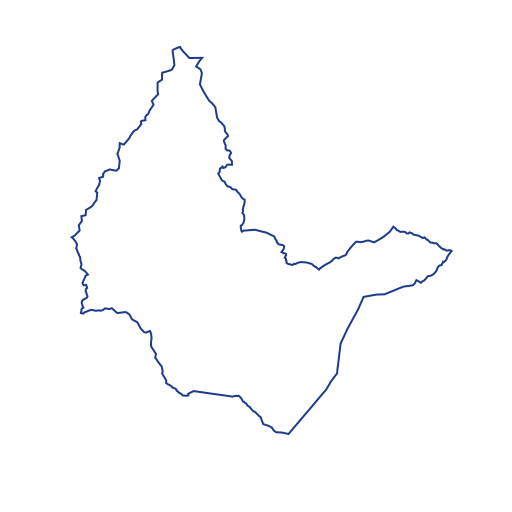 outline of Mixistlán de la Reforma, Oaxaca, Mexico, rotated 115°
{"feature_id": "50627088B94921527190935", "entity_name": "Mixistlán de la Reforma", "entity_type": "district", "adm_level": 2, "iso_a3": "MEX", "parent_name": "Mexico", "parent_adm1": "Oaxaca", "projection": "albers", "projection_center": [-96.11, 17.173], "detail": "fine", "context": "isolated", "style": "outline", "palette": "blue", "viewbox_px": 512, "rotation_deg": 115, "n_neighbors": 0, "source": "geoboundaries", "source_scale": "gbopen_adm2", "svg_char_len": 5650}
<svg xmlns="http://www.w3.org/2000/svg" viewBox="0 0 512 512"><g transform="rotate(115 256 256)"><path d="M105.1,418.5L113.2,413.2L117.5,410.6L122.7,411.0L124.8,413.0L129.6,418.5L135.9,415.7L140.3,418.5L148.0,415.0L150.7,413.1L159.5,416.0L162.1,412.8L169.0,413.9L173.3,413.8L174.5,414.8L176.8,415.1L179.7,413.6L182.0,417.0L183.6,416.9L184.8,415.7L191.4,417.2L194.2,419.5L200.0,420.6L202.7,420.6L211.0,422.9L211.3,427.2L215.5,425.4L222.0,424.7L227.4,419.7L234.5,417.3L237.8,418.7L239.4,425.2L240.9,426.4L242.9,428.5L246.4,429.3L247.2,428.6L248.7,428.1L251.7,431.2L253.6,429.2L258.0,428.2L262.1,428.7L265.1,428.7L265.7,426.6L272.8,424.2L276.4,425.1L278.6,425.3L280.2,425.7L282.5,427.0L286.1,429.5L287.8,428.8L291.1,427.7L293.7,431.1L297.8,428.6L303.0,429.6L307.5,426.6L314.2,429.0L316.9,430.9L317.5,428.8L318.4,427.2L319.4,425.2L321.1,423.1L322.8,422.7L324.1,422.3L325.1,422.2L326.0,421.0L327.4,419.6L328.7,418.3L329.1,417.4L330.3,416.7L331.1,415.2L335.0,412.7L337.3,410.6L340.9,410.0L341.6,408.3L342.0,404.5L343.9,400.5L345.7,402.0L347.6,402.0L351.6,401.9L352.7,401.9L354.1,401.7L354.7,401.0L355.3,399.6L354.0,397.6L356.3,395.5L357.9,396.2L360.0,395.5L360.9,394.3L361.6,393.9L363.7,391.7L365.4,391.7L369.2,394.6L370.8,394.5L372.3,394.1L374.9,391.7L375.8,390.6L377.5,391.7L379.6,391.1L380.9,390.7L381.7,390.6L381.3,388.3L380.4,388.0L379.5,387.6L378.0,386.1L375.8,384.1L374.4,382.5L374.0,381.0L373.3,377.9L371.8,375.7L371.4,374.0L370.7,373.0L369.7,371.9L367.2,370.6L366.6,368.3L365.8,366.1L364.2,364.6L365.7,360.0L366.3,357.6L365.3,355.9L362.5,351.5L361.8,349.9L362.5,346.0L365.8,341.5L366.2,335.6L370.4,329.9L371.2,328.2L372.3,325.2L371.8,323.2L369.8,321.5L368.8,320.4L370.7,318.2L375.1,315.7L378.4,314.8L381.7,313.2L382.8,312.1L384.5,309.3L386.2,306.6L386.9,305.3L390.8,304.4L391.7,302.5L393.3,300.1L394.5,297.6L395.3,296.4L395.7,295.1L399.1,292.4L400.1,291.8L402.2,291.4L406.7,284.8L409.0,283.8L409.5,281.9L409.5,279.8L409.7,277.5L410.5,276.4L410.3,273.0L410.6,271.7L411.6,271.1L411.9,269.4L412.5,268.2L412.4,267.3L412.6,266.6L412.6,265.4L413.4,263.6L412.3,260.5L410.9,258.4L410.4,258.9L409.5,259.2L404.8,255.5L393.4,218.0L390.9,214.6L390.9,213.7L390.0,212.7L390.2,211.7L391.0,209.6L392.3,207.7L393.4,206.4L393.2,205.3L393.8,204.0L393.8,202.5L394.9,201.0L395.4,199.1L395.5,197.5L396.4,196.4L397.9,192.5L397.7,191.0L399.7,185.6L400.1,183.7L405.3,178.4L404.9,174.9L404.6,173.4L404.8,169.1L406.7,166.1L407.2,163.2L405.0,157.7L403.6,151.3L396.1,149.3L393.3,148.5L384.4,146.1L380.1,144.9L373.0,142.9L368.2,141.6L364.0,140.5L357.0,138.6L347.3,135.9L341.7,135.4L337.9,135.0L333.1,134.0L328.1,132.9L324.3,134.3L319.5,135.8L313.7,137.7L310.0,138.9L309.0,139.3L306.3,140.1L303.6,141.0L301.6,141.7L299.6,142.3L295.7,142.3L289.3,142.3L283.0,142.3L271.8,141.6L261.0,140.9L253.5,141.1L247.6,141.2L240.1,130.6L236.4,123.3L233.9,121.0L224.7,112.5L221.2,109.1L219.1,105.8L216.3,101.5L213.7,100.5L210.1,100.4L210.5,95.1L208.9,94.6L207.1,93.2L201.7,91.7L199.8,89.1L196.8,87.1L193.0,86.2L189.5,86.5L187.3,85.8L185.5,83.9L184.7,84.1L183.3,83.8L182.1,84.0L182.0,83.1L179.0,81.9L176.2,82.2L174.9,82.1L173.3,81.9L168.8,80.8L168.7,81.6L169.2,83.7L169.8,84.2L170.6,85.5L170.3,88.1L170.5,88.8L170.9,89.0L170.4,91.6L169.6,94.6L168.7,96.2L168.2,97.8L168.6,98.6L168.9,99.1L169.3,100.4L169.3,101.8L170.1,103.5L170.0,103.9L168.7,107.7L169.0,108.3L167.9,111.2L169.2,112.5L169.1,114.7L168.8,117.0L170.1,122.5L169.5,124.1L169.7,126.8L171.2,127.4L171.8,128.8L171.2,131.2L172.0,133.3L173.2,135.4L172.9,137.9L173.0,139.5L172.2,140.6L171.4,143.9L177.5,145.0L183.6,148.0L186.3,149.5L191.2,152.9L193.7,154.8L194.0,156.9L194.4,160.6L195.7,162.7L198.0,165.0L198.5,166.1L199.4,167.3L200.0,169.7L200.9,171.4L204.1,172.5L207.9,173.6L213.7,175.0L216.6,174.9L218.0,175.7L219.7,177.5L222.6,179.7L223.3,180.1L223.3,181.9L223.8,183.1L225.0,183.9L226.0,184.5L228.3,185.1L230.8,186.5L232.9,188.2L235.3,189.9L237.2,191.1L240.1,192.7L241.7,193.1L241.1,195.5L240.6,197.2L240.7,198.9L239.9,201.2L239.6,202.4L239.8,203.1L240.1,204.5L240.3,206.4L240.8,208.3L242.7,213.1L244.6,215.3L246.5,216.8L247.0,218.3L248.2,218.7L248.7,219.1L249.0,220.3L249.0,221.1L249.2,221.8L249.6,223.2L249.6,223.9L249.4,225.4L247.7,226.2L247.1,227.2L245.9,227.6L245.4,229.2L243.9,229.2L242.5,229.1L241.4,229.7L241.3,230.7L241.9,232.3L241.7,232.6L241.6,234.6L240.6,234.3L238.3,233.9L235.6,234.4L234.9,235.2L234.9,236.4L235.3,238.2L235.7,239.7L235.6,241.6L235.0,241.9L234.6,243.1L233.4,243.8L232.8,245.1L230.6,247.7L230.4,256.3L232.7,268.2L238.3,278.0L239.9,279.0L239.0,280.2L237.0,281.6L235.0,282.6L233.9,281.8L232.7,281.6L231.1,281.4L230.7,281.5L230.1,281.6L228.8,281.8L228.3,281.8L227.2,282.3L226.3,282.8L225.1,283.4L224.1,284.1L222.5,286.7L220.6,286.7L219.6,287.6L218.3,287.8L217.2,288.0L216.5,288.5L215.2,288.3L211.6,289.2L209.9,290.0L209.2,293.6L208.0,295.2L206.8,296.9L205.3,300.9L204.5,301.6L204.7,303.4L205.5,305.7L204.6,307.8L204.4,309.4L205.0,311.2L203.2,314.5L202.1,315.6L201.9,316.3L202.1,317.6L202.0,318.2L201.3,319.6L197.2,325.1L195.3,324.5L192.2,325.5L189.1,324.1L190.1,322.9L188.5,321.2L187.1,321.0L185.7,320.7L184.9,319.9L184.1,317.7L183.5,316.4L180.7,317.7L180.1,318.0L179.5,319.4L179.0,320.5L178.4,321.8L175.5,322.5L173.2,322.1L171.9,323.9L171.8,325.5L172.5,326.6L171.8,328.8L168.8,330.1L165.9,333.3L164.7,334.0L161.1,332.9L159.4,332.0L158.0,333.0L156.8,335.5L155.8,337.1L153.6,338.1L151.7,339.7L150.6,342.2L149.7,344.3L149.3,346.5L147.1,349.7L138.4,355.7L136.2,360.1L135.0,364.2L131.7,369.2L129.2,373.0L124.1,379.4L113.1,382.3L110.3,385.3L109.5,390.4L102.7,389.5L99.2,388.6L104.7,400.0L101.7,407.7L99.8,411.8L98.6,413.2L99.2,413.9L103.3,417.7L105.1,418.5Z" fill="none" stroke="#1e3a8a" stroke-width="2"/></g></svg>